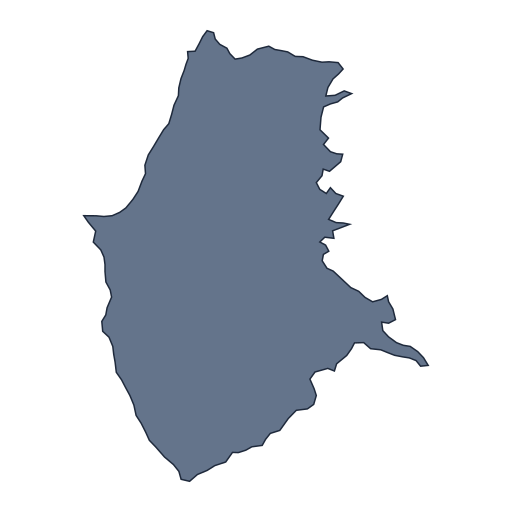 Pardinho, São Paulo, Brazil
{"feature_id": "56859067B89234648991539", "entity_name": "Pardinho", "entity_type": "district", "adm_level": 2, "iso_a3": "BRA", "parent_name": "Brazil", "parent_adm1": "São Paulo", "projection": "orthographic", "projection_center": [-48.387, -23.1], "detail": "fine", "context": "isolated", "style": "filled", "palette": "slate", "viewbox_px": 512, "rotation_deg": 0, "n_neighbors": 0, "source": "geoboundaries", "source_scale": "gbopen_adm2", "svg_char_len": 2271}
<svg xmlns="http://www.w3.org/2000/svg" viewBox="0 0 512 512"><path d="M338.1,62.6L329.1,61.8L322.0,62.2L312.4,60.2L303.0,56.7L295.2,56.4L287.7,51.9L281.1,50.6L274.8,49.5L268.8,46.2L257.4,49.1L249.9,55.0L241.9,58.0L235.1,59.1L229.8,53.6L226.9,48.2L219.7,44.3L215.2,39.0L213.6,32.7L207.1,30.7L202.7,36.6L199.1,43.8L195.1,51.2L187.6,51.6L188.2,58.4L186.0,64.3L184.2,70.4L181.0,78.6L178.8,87.9L178.4,95.7L174.0,105.2L171.6,114.5L168.8,123.7L163.7,129.6L158.7,137.8L153.3,146.9L148.3,154.9L144.9,165.2L145.5,173.7L142.0,181.1L138.1,191.4L132.9,199.4L125.9,207.9L119.8,212.3L112.2,215.7L103.9,216.5L96.1,215.8L83.8,215.7L88.3,222.2L95.7,231.1L93.3,242.1L100.8,249.9L104.0,257.1L105.0,264.6L105.0,271.5L105.9,282.0L110.2,289.9L111.6,297.1L107.1,307.7L105.8,314.9L101.8,321.4L102.7,331.3L109.0,337.2L112.8,346.4L113.7,354.2L115.1,362.1L116.3,372.3L121.6,379.9L125.5,387.4L129.9,395.5L133.9,405.1L136.1,415.4L141.2,423.3L145.8,432.4L149.4,440.4L155.6,446.8L164.5,457.0L173.5,464.6L178.9,471.4L181.1,479.3L189.6,481.3L197.4,474.5L207.2,470.4L214.8,465.6L225.7,462.0L232.5,452.4L238.3,452.6L245.8,450.2L251.8,446.8L262.2,445.4L265.6,439.3L270.3,433.4L279.8,430.4L288.3,418.5L296.3,410.3L307.4,408.9L313.7,404.4L316.3,395.5L314.1,388.7L309.9,379.1L315.0,372.0L327.8,368.4L334.4,371.0L336.6,363.8L346.7,355.5L351.5,348.7L354.5,342.9L363.7,342.6L370.6,348.7L380.8,349.8L387.4,352.5L394.6,355.3L402.9,356.9L409.3,357.9L416.1,360.6L420.6,366.2L428.2,365.4L423.5,357.7L417.7,351.6L410.2,346.4L403.3,345.3L396.4,342.6L388.5,336.8L382.8,330.6L381.6,322.1L388.6,323.2L395.5,319.6L392.9,309.0L388.6,301.8L387.3,295.7L381.4,299.4L372.6,301.8L365.0,297.4L358.7,291.3L350.8,287.6L344.5,281.7L333.2,271.1L327.0,268.3L322.2,260.8L323.4,254.4L328.8,251.2L325.6,245.1L319.8,242.0L324.8,237.2L333.9,238.3L332.6,230.8L349.6,224.3L343.3,223.0L336.1,222.6L328.6,219.4L333.6,211.5L338.6,203.8L343.3,196.2L335.8,193.5L330.4,187.7L326.3,193.5L319.8,189.4L316.3,182.6L322.0,175.7L323.2,169.1L329.5,171.3L340.7,161.7L342.7,154.2L336.7,153.8L330.4,151.7L323.5,144.5L328.5,138.1L320.0,129.8L321.0,117.2L323.6,106.9L330.5,103.9L337.7,101.9L342.5,98.0L351.6,93.6L344.2,90.9L335.1,95.3L325.8,96.0L327.9,87.5L333.0,78.9L338.6,73.9L343.1,69.0L338.1,62.6Z" fill="#64748b" stroke="#1e293b" stroke-width="1.5"/></svg>